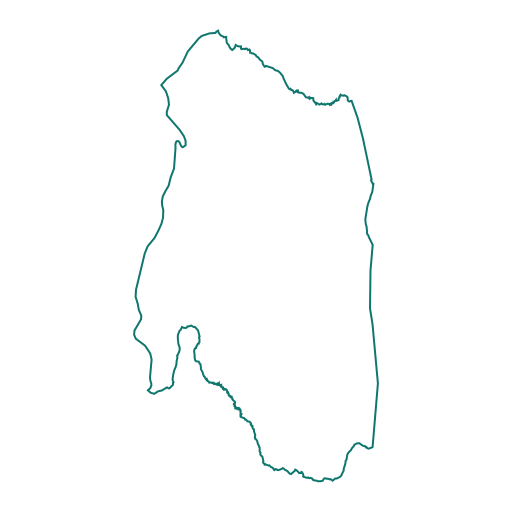 Mwansabombwe, Luapula, Zambia (Equal Earth projection)
{"feature_id": "96606910B97208010005617", "entity_name": "Mwansabombwe", "entity_type": "district", "adm_level": 2, "iso_a3": "ZMB", "parent_name": "Zambia", "parent_adm1": "Luapula", "projection": "equal_earth", "projection_center": [28.784, -9.921], "detail": "fine", "context": "isolated", "style": "outline", "palette": "teal", "viewbox_px": 512, "rotation_deg": 0, "n_neighbors": 0, "source": "geoboundaries", "source_scale": "gbopen_adm2", "svg_char_len": 6024}
<svg xmlns="http://www.w3.org/2000/svg" viewBox="0 0 512 512"><path d="M372.6,447.0L377.9,383.4L372.5,324.1L370.0,308.3L370.5,270.3L372.7,244.9L368.8,237.0L368.4,235.4L367.3,234.2L367.0,233.1L367.1,231.8L366.5,226.2L365.8,224.4L365.3,219.3L367.4,206.3L368.4,202.7L370.1,198.7L370.5,196.4L372.3,191.7L373.4,184.0L373.0,184.0L373.1,183.5L372.4,183.1L371.0,180.3L371.6,179.6L362.9,138.2L357.6,117.9L351.6,100.9L350.8,100.9L349.2,101.6L347.8,100.4L347.6,99.1L347.7,97.5L346.6,96.3L344.2,95.2L343.6,95.7L342.1,95.5L341.2,95.3L340.6,94.7L339.9,95.7L339.9,96.6L339.5,96.7L339.4,97.5L338.8,98.2L338.5,100.1L336.4,100.9L335.8,100.7L335.8,100.1L335.2,100.9L334.7,101.1L334.3,101.9L333.6,101.8L333.7,102.3L333.4,102.3L333.1,103.2L331.9,103.0L331.3,104.8L330.7,104.7L330.5,103.7L329.6,104.1L329.5,104.6L328.7,103.9L327.8,103.7L325.2,104.7L324.8,104.6L324.5,103.9L323.0,104.5L322.2,104.2L321.5,103.4L319.5,104.6L316.7,103.0L316.1,104.2L314.7,101.9L313.8,101.3L313.3,99.9L313.2,98.1L311.7,98.0L310.4,98.4L309.8,97.5L309.3,98.6L308.2,97.3L307.5,97.6L305.9,97.3L303.4,93.7L302.5,93.5L301.6,92.8L299.0,92.7L297.8,92.2L298.2,91.4L297.8,90.3L296.3,90.6L295.9,91.5L293.9,92.8L293.3,91.0L292.6,90.2L291.6,90.1L290.6,88.9L290.2,89.4L288.9,88.7L286.1,83.9L283.3,77.9L282.9,76.3L280.0,72.6L277.9,70.9L275.4,70.3L272.8,68.1L265.9,65.9L264.9,66.8L263.7,65.6L262.7,63.6L262.6,62.3L262.1,61.3L260.0,59.8L258.1,57.3L256.6,56.5L255.8,55.1L253.3,53.5L251.7,53.3L250.5,52.5L250.2,52.6L250.0,50.3L249.3,49.5L248.0,50.1L247.0,48.7L245.9,48.5L245.4,49.1L243.3,48.8L241.9,49.2L241.0,48.7L241.0,46.4L239.1,46.5L237.4,46.0L235.7,45.0L235.0,47.1L234.6,47.3L234.5,48.0L233.9,48.7L232.2,50.0L231.7,49.3L230.6,48.8L230.1,47.7L229.6,47.3L229.0,45.5L226.8,42.8L226.2,38.3L226.2,36.9L223.8,37.3L223.5,36.8L220.6,35.3L218.6,32.6L218.1,30.7L216.4,31.6L215.5,32.9L209.4,33.4L201.6,36.0L198.5,38.7L187.8,51.5L182.5,62.7L178.7,68.1L177.6,70.6L166.7,78.8L161.3,85.1L165.9,91.3L168.2,98.2L169.0,104.7L166.8,111.7L166.8,115.1L179.5,129.7L183.9,136.2L185.6,140.8L185.6,145.3L183.0,147.1L182.3,147.2L180.9,145.6L179.4,142.1L178.5,141.2L177.0,141.1L176.0,142.1L175.4,144.7L175.5,148.3L174.0,168.6L170.7,177.3L168.6,185.8L165.6,190.8L162.8,196.3L161.9,201.4L162.1,205.1L163.3,210.1L163.0,217.9L161.4,223.9L158.3,230.8L154.5,238.0L147.6,246.4L144.7,253.6L136.0,289.8L135.6,296.8L137.7,303.6L138.8,309.8L141.3,315.6L141.0,319.4L134.5,330.5L134.1,334.7L135.8,338.7L145.1,345.7L150.2,353.4L151.6,359.6L150.0,377.3L150.3,380.4L151.2,383.3L151.4,385.3L150.3,388.1L147.9,390.3L150.6,392.7L154.2,393.8L158.2,391.3L161.8,390.5L167.0,387.4L168.4,388.3L169.3,388.4L172.8,385.0L173.1,383.8L172.9,382.8L173.5,382.3L172.7,380.2L172.6,378.7L173.1,375.3L174.1,370.7L175.8,366.6L176.4,364.2L176.6,361.2L177.3,358.1L177.4,356.9L177.1,355.6L177.8,354.7L179.5,350.9L179.7,347.8L178.4,343.9L177.8,338.1L177.9,334.9L179.6,330.7L180.6,329.9L182.0,327.0L183.6,327.8L186.0,328.0L187.7,326.3L188.3,326.5L191.2,325.6L193.5,326.9L195.0,327.0L198.1,330.5L199.6,336.6L199.0,337.3L199.5,339.4L199.4,342.4L198.7,343.0L198.7,343.6L198.0,343.7L197.4,344.4L197.2,345.5L196.8,345.7L196.1,347.1L196.1,348.0L194.9,348.5L194.1,350.7L194.7,356.1L194.5,357.0L195.2,360.3L196.3,361.3L198.8,361.7L199.4,362.7L199.6,363.7L200.5,364.2L200.9,367.5L200.9,369.0L202.5,372.2L203.9,376.3L204.9,377.1L205.1,377.9L205.9,379.2L206.6,378.9L206.6,379.7L207.0,380.3L207.3,380.2L207.6,381.1L208.7,381.5L209.3,382.7L210.4,382.4L211.6,382.9L212.1,382.6L212.5,383.0L213.5,382.8L213.7,383.6L214.1,383.4L214.4,383.8L214.3,384.0L214.7,384.4L214.7,384.8L215.2,383.7L216.9,384.7L217.1,383.6L217.5,383.3L218.2,383.8L218.5,383.5L218.4,384.0L218.9,383.9L218.9,384.7L219.4,384.5L219.6,385.0L220.0,385.0L219.8,385.3L220.3,385.8L220.8,385.9L221.2,385.5L221.2,386.6L221.6,386.6L221.6,386.9L222.0,387.4L223.0,387.4L223.0,388.3L223.3,388.4L223.2,388.9L223.5,388.9L223.8,389.7L224.9,389.6L225.1,389.0L226.0,389.3L226.8,390.1L227.0,391.2L227.4,391.5L227.6,392.0L227.2,392.3L227.3,392.7L228.0,392.6L227.9,393.2L228.6,393.5L228.7,395.0L229.3,395.3L229.1,395.7L230.1,396.6L230.3,396.2L230.5,396.3L231.0,397.0L231.1,396.5L231.6,396.5L232.0,398.1L232.4,398.3L232.5,399.6L234.9,401.7L235.1,402.3L234.8,403.7L234.0,403.7L233.8,404.5L234.8,405.2L234.7,405.7L235.0,405.6L235.4,406.4L235.1,407.2L235.4,407.9L235.3,408.4L235.9,408.5L236.4,408.0L236.7,408.4L236.8,408.0L238.2,407.9L238.1,408.7L238.6,408.8L238.5,409.1L238.7,409.3L239.1,408.7L239.4,409.1L239.7,408.8L240.6,410.3L240.7,411.1L240.4,411.2L240.6,413.1L241.1,413.9L240.5,414.3L240.5,414.8L241.2,414.6L240.5,416.2L240.7,416.9L244.3,418.2L245.2,419.6L245.6,419.4L246.5,420.0L247.3,421.3L249.6,421.7L250.9,423.2L251.0,423.7L250.7,424.0L251.1,424.5L251.0,425.0L252.1,425.7L252.0,426.1L252.5,426.3L252.3,427.0L253.1,428.9L253.9,429.3L254.0,429.8L254.0,431.3L255.3,435.3L254.8,436.5L255.1,437.3L254.9,438.2L255.3,438.9L255.9,439.1L257.2,441.1L258.0,444.4L258.8,445.4L259.1,446.9L259.7,447.7L259.6,451.2L260.1,452.3L260.5,452.6L260.3,454.5L261.2,455.7L262.3,456.5L263.4,461.2L263.0,462.2L263.7,463.4L264.8,463.9L264.8,464.7L265.8,464.5L268.7,465.6L269.4,465.4L271.0,467.1L272.4,467.6L273.3,468.5L273.9,469.7L274.5,470.1L275.4,469.1L276.6,469.3L277.4,470.0L278.6,470.1L281.7,468.9L282.8,468.1L283.8,468.6L284.9,469.8L287.2,470.9L289.5,473.5L291.0,474.1L294.9,470.7L295.2,469.6L295.5,469.6L297.8,471.4L299.1,473.1L301.0,473.0L301.4,471.9L301.8,472.0L302.9,473.7L303.4,475.4L303.1,476.4L303.5,476.8L307.3,477.9L308.2,477.4L309.4,478.2L310.6,477.9L312.1,478.5L312.8,479.7L313.1,479.6L314.1,480.4L316.4,480.6L318.0,481.3L321.6,481.1L322.8,480.6L323.7,479.0L324.8,478.2L326.9,478.8L327.9,478.7L329.8,479.4L330.5,479.1L332.7,480.7L335.2,478.5L336.7,478.5L339.9,477.0L341.5,475.3L342.0,473.8L343.7,470.6L343.7,468.8L345.3,463.9L345.7,460.7L346.5,459.7L347.2,455.2L347.7,453.8L349.1,451.9L351.0,450.1L351.8,448.4L353.9,446.0L354.3,444.8L356.8,443.4L359.3,443.2L362.6,445.6L365.5,446.4L365.9,447.3L366.5,447.1L367.2,448.1L368.0,448.5L368.8,448.6L372.0,447.4L372.6,447.0Z" fill="none" stroke="#0f766e" stroke-width="2"/></svg>